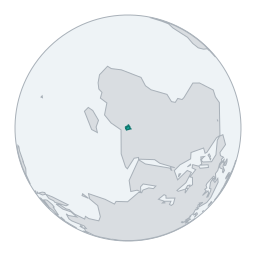 Arusha on an orthographic globe, rotated 136°
{"feature_id": "TZA-3391", "entity_name": "Arusha", "entity_type": "Region", "adm_level": 1, "iso_a3": "TZA", "parent_name": "United Republic of Tanzania", "parent_adm1": "", "projection": "orthographic", "projection_center": [35.974, -2.918], "detail": "fine", "context": "on_globe", "style": "filled", "palette": "teal", "viewbox_px": 256, "rotation_deg": 136, "n_neighbors": 0, "source": "natural_earth", "source_scale": "10m", "svg_char_len": 6689}
<svg xmlns="http://www.w3.org/2000/svg" viewBox="0 0 256 256"><g transform="rotate(136 128 128)"><circle cx="128" cy="128" r="113" fill="#eef3f6" stroke="#a8b0b8"/><path d="M15.8,118.3L15.8,119.5L15.7,124.2L15.6,127.2L15.9,127.9L15.9,129.9L18.9,132.2L21.8,136.9L22.7,143.8L22.2,151.9L26.2,168.8L26.5,174.8L29.6,181.5L35.1,191.5L34.9,191.4L30.3,184.1L26.4,176.5L23.0,168.7L20.2,160.6L18.0,152.3L16.5,143.9L15.6,135.4L15.4,126.8L15.8,118.3ZM215.1,56.6L215.3,57.0L212.8,53.9L214.4,56.3L216.7,59.0L217.2,59.3L219.7,63.1L223.6,68.6L227.0,74.4L230.2,83.5L229.2,85.6L229.8,87.5L227.8,84.8L227.6,88.1L233.0,100.3L233.6,103.6L232.1,109.2L231.7,106.6L226.6,99.5L227.3,107.4L231.2,114.9L232.6,123.3L230.3,120.2L228.7,112.8L226.9,110.1L226.2,103.1L222.4,92.6L220.0,94.0L219.1,90.0L213.5,81.5L209.5,83.4L203.7,93.2L204.8,103.7L202.0,108.2L194.0,92.6L190.6,82.7L187.6,83.5L179.5,75.2L165.1,74.3L163.1,71.9L160.4,73.0L154.7,70.5L151.8,66.7L148.3,66.9L156.0,77.2L159.8,77.0L163.1,73.2L164.6,76.9L170.1,80.4L163.6,89.5L142.4,97.8L140.5,90.1L125.7,70.0L126.3,67.9L126.2,67.6L126.0,67.2L124.4,70.7L121.9,67.0L129.6,80.5L130.8,86.7L142.1,98.3L140.9,99.5L144.6,102.0L156.8,99.1L156.8,101.8L150.9,114.1L134.3,131.5L136.7,143.4L135.8,153.7L125.8,160.7L127.1,168.7L122.0,171.7L121.9,176.3L118.1,181.3L111.5,186.1L99.8,186.6L98.8,182.4L92.4,174.5L83.5,155.3L86.1,146.3L84.9,139.5L76.6,125.1L78.4,116.8L76.2,113.6L71.7,114.7L69.3,110.9L66.6,111.0L50.1,115.3L45.3,110.7L40.3,96.1L43.5,89.7L44.6,82.9L67.0,58.8L71.1,59.5L88.1,55.7L90.1,56.3L87.5,61.1L99.7,66.6L104.4,62.3L116.1,65.4L124.3,65.2L128.3,56.2L114.9,56.3L113.2,52.1L124.4,48.4L136.2,49.1L135.9,47.6L129.0,44.1L132.2,41.5L126.6,42.7L128.5,44.3L125.1,45.2L123.1,44.0L124.4,43.0L120.9,42.4L116.0,47.7L117.4,49.8L108.2,51.0L109.6,54.8L106.9,56.7L103.5,51.1L104.2,49.0L97.5,43.7L95.9,45.9L102.1,51.3L99.9,50.9L97.8,54.5L97.7,51.5L91.3,45.7L83.3,47.7L72.2,57.2L67.8,58.5L64.4,57.3L69.4,48.3L78.9,46.5L80.7,43.9L79.6,40.6L82.6,40.6L83.3,39.2L87.0,38.6L92.9,35.1L96.7,34.5L99.8,30.8L102.2,30.1L99.7,32.4L100.0,33.9L109.6,33.3L111.7,32.5L112.9,30.2L115.4,30.6L115.4,28.5L121.3,27.7L114.1,27.2L115.3,25.1L119.3,23.6L118.4,22.9L112.0,25.5L110.5,26.7L111.4,27.8L106.4,31.6L103.0,32.4L103.3,28.5L98.4,29.4L100.8,26.4L116.8,20.5L123.1,19.7L131.8,21.9L129.9,22.9L125.8,22.5L128.9,24.5L129.0,23.5L131.1,24.0L132.8,22.6L134.3,22.9L133.4,21.2L135.4,21.4L136.0,22.5L140.4,21.1L144.9,21.6L145.2,21.2L144.1,20.6L150.6,21.8L150.5,21.5L148.3,20.9L146.7,20.0L146.4,19.0L148.6,19.5L149.0,19.9L153.3,21.7L154.1,23.1L155.0,23.2L154.9,22.2L149.6,19.9L148.8,19.2L151.6,20.1L150.5,19.7L150.8,19.5L153.2,19.9L150.2,18.9L150.3,17.6L155.0,18.6L157.4,19.3L158.3,19.5L166.5,22.1L174.5,25.4L182.2,29.2L189.5,33.7L196.6,38.6L203.2,44.1L209.4,50.1L215.1,56.6ZM58.7,70.2L57.9,72.2L58.7,70.2ZM148.4,55.0L155.6,55.6L152.8,50.2L155.4,50.2L153.5,48.5L152.6,49.9L148.0,45.5L151.3,44.2L150.6,42.2L148.1,41.9L142.9,45.0L149.4,51.1L147.6,53.1L148.4,55.0ZM83.6,33.3L84.6,33.9L82.8,35.4L78.0,37.1L80.5,34.8L83.6,33.3ZM86.4,34.4L88.0,30.5L91.1,29.6L89.1,30.7L91.0,30.5L88.3,32.3L89.6,35.6L88.1,37.3L79.9,38.9L83.4,37.3L82.3,36.7L86.4,34.4ZM86.8,25.2L87.6,24.4L93.3,23.4L91.9,24.4L87.0,25.8L85.7,25.6L86.8,25.2ZM116.1,16.0L113.8,16.3L115.3,16.2L112.1,16.6L112.4,16.6L109.9,17.0L107.4,17.6L106.0,17.8L105.6,18.0L103.9,18.5L102.9,18.8L100.1,19.4L98.7,20.0L98.2,20.0L96.5,20.8L96.5,20.5L94.2,21.2L95.4,21.2L82.6,25.1L77.3,27.5L72.8,30.0L73.4,29.5L74.1,29.1L82.0,25.2L90.2,21.9L98.7,19.2L107.4,17.3L116.1,16.0ZM92.8,54.4L94.4,54.5L97.1,54.2L95.8,56.6L92.8,54.4ZM88.3,50.4L89.8,50.0L89.3,52.9L87.6,53.0L88.3,50.4ZM91.1,47.5L90.0,49.8L89.6,48.6L91.1,47.5ZM101.2,32.1L102.9,31.7L102.9,32.2L101.7,33.1L101.2,32.1ZM119.7,17.2L118.7,17.1L119.3,16.9L119.3,16.4L121.7,16.3L122.6,16.5L119.7,17.2ZM125.8,57.7L123.2,59.5L122.0,58.6L123.2,58.2L125.8,57.7ZM108.6,57.8L112.3,58.8L108.2,58.5L108.6,57.8ZM122.3,17.0L122.0,16.7L123.4,16.8L122.3,17.0ZM123.4,16.2L125.1,16.2L122.0,16.2L123.4,16.2ZM168.5,209.2L169.1,210.7L167.4,210.8L168.5,209.2ZM155.2,152.2L147.7,170.3L142.3,170.4L141.2,165.0L143.9,154.0L150.2,150.9L153.2,146.0L155.2,152.2ZM238.2,146.0L238.5,147.0L238.4,147.5L238.2,146.0ZM238.1,143.7L238.5,144.4L237.8,144.8L238.1,143.7ZM238.7,144.6L239.1,144.2L239.4,143.5L239.2,144.6L238.7,144.6ZM237.7,143.4L234.3,141.5L232.7,139.4L233.3,137.6L236.0,139.2L237.7,143.4ZM233.2,137.5L230.3,131.1L224.4,114.3L226.6,115.0L232.3,125.6L232.0,127.2L233.8,132.1L233.2,137.5ZM239.1,130.0L238.7,134.9L237.1,133.4L236.3,132.2L235.7,125.5L236.0,122.5L236.8,122.9L238.5,113.6L239.4,116.7L239.2,120.8L239.8,125.5L239.1,130.0ZM205.3,104.8L208.0,111.3L206.3,112.2L205.3,104.8ZM238.1,106.8L238.1,110.8L237.7,105.2L238.1,106.8ZM237.2,101.4L237.7,103.8L237.0,101.3L237.2,101.4ZM230.8,90.5L230.0,90.7L229.4,89.1L230.1,88.0L230.8,90.5ZM229.5,79.5L231.5,84.0L232.0,85.4L230.7,82.5L229.5,79.5ZM142.3,17.6L139.7,18.3L139.4,19.2L141.7,20.1L137.3,19.3L137.8,17.9L142.3,17.6ZM149.1,17.5L147.0,17.0L148.6,17.3L149.3,17.4L149.1,17.5ZM147.4,17.1L143.5,16.6L142.8,16.4L146.0,16.8L147.4,17.1ZM132.9,16.1L131.9,16.2L130.8,16.1L132.9,16.1ZM222.8,188.8L219.3,192.0L219.5,190.3L221.8,187.1L226.7,176.4L226.9,176.8L229.7,169.9L233.6,165.4L237.2,155.6L237.1,156.1L234.5,164.7L231.3,173.0L227.4,181.0L222.8,188.8ZM239.3,145.3L238.7,147.8L239.4,144.5L239.3,145.3ZM240.5,134.5L240.5,134.2L240.5,134.5ZM240.1,127.0L240.2,130.3L240.5,128.9L240.2,131.3L240.1,136.9L239.9,138.7L240.1,132.7L239.6,138.3L239.4,137.9L239.6,132.8L240.0,127.1L240.2,124.9L240.6,125.1L240.1,127.0ZM240.0,116.3L240.1,117.0L239.5,112.4L239.5,113.5L239.0,108.9L239.1,109.2L240.0,116.3ZM238.8,107.7L238.8,108.7L238.4,105.9L238.8,107.7ZM238.5,107.2L237.9,104.4L238.2,105.1L238.5,107.2ZM238.7,107.0L238.9,108.1L237.9,103.5L238.1,104.1L238.7,107.0ZM236.4,98.2L237.9,103.4L236.9,100.5L234.4,91.8L234.6,92.0L236.4,98.2Z" fill="#d9dde1" stroke="#a8b0b8" stroke-width="1"/><path d="M126.6,125.6L126.9,125.8L127.3,126.0L127.7,126.3L128.2,126.5L128.6,126.7L129.0,127.0L129.4,127.2L129.9,127.5L130.3,127.7L130.7,127.9L130.8,128.0L130.6,127.9L130.4,127.9L130.2,127.9L130.1,128.0L129.8,128.2L129.8,128.3L129.8,128.5L130.1,128.6L130.1,128.8L130.1,129.1L129.9,129.3L129.7,129.3L129.4,129.3L129.2,129.5L129.1,129.9L129.1,130.2L129.1,130.3L128.9,130.3L128.7,130.3L128.1,129.7L127.9,129.4L127.8,129.5L127.7,129.6L127.6,129.8L127.5,129.7L127.6,129.4L127.5,129.5L127.2,129.5L127.1,129.4L126.9,129.4L126.7,129.5L126.4,129.6L126.2,129.8L125.9,129.9L125.7,129.9L125.6,129.7L125.7,129.4L125.8,129.4L125.9,127.9L126.0,127.9L126.0,128.0L126.3,128.0L126.4,127.9L126.5,127.3L126.5,127.2L126.6,126.9L126.8,126.7L126.7,126.6L126.5,126.4L126.6,125.6L126.6,125.6Z" fill="#14b8a6" stroke="#0f766e" stroke-width="1.5"/></g></svg>